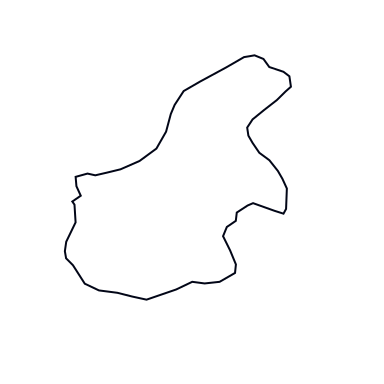 an SVG outline of Krivogaštani, rotated 60°
{"feature_id": "MKD-2941", "entity_name": "Krivogaštani", "entity_type": "Statistical Region", "adm_level": 1, "iso_a3": "MKD", "parent_name": "North Macedonia", "parent_adm1": "", "projection": "equal_earth", "projection_center": [21.362, 41.317], "detail": "fine", "context": "isolated", "style": "outline", "palette": "ink", "viewbox_px": 384, "rotation_deg": 60, "n_neighbors": 0, "source": "natural_earth", "source_scale": "10m", "svg_char_len": 921}
<svg xmlns="http://www.w3.org/2000/svg" viewBox="0 0 384 384"><g transform="rotate(60 192 192)"><path d="M140.5,49.8L150.3,53.7L151.7,60.6L154.8,72.5L157.0,88.3L159.4,103.2L163.8,112.0L171.4,115.0L179.7,115.0L191.7,114.1L203.2,109.1L216.7,107.1L225.7,107.1L236.4,108.1L253.7,119.0L256.5,123.6L249.6,129.9L232.2,144.7L231.5,150.6L232.2,163.5L238.9,168.5L239.7,179.3L245.8,187.2L261.6,188.2L276.7,190.2L283.6,195.2L283.6,213.0L277.5,226.8L269.9,236.7L268.5,254.5L262.5,285.2L252.6,296.1L242.0,307.0L230.7,321.8L217.8,330.7L195.9,331.7L186.5,334.2L179.7,331.7L172.2,325.8L160.1,308.0L144.2,300.1L140.4,300.4L139.6,290.2L129.2,289.2L120.7,285.2L123.8,273.3L129.2,267.4L132.8,255.6L136.6,242.6L138.9,221.9L136.6,201.1L126.8,184.3L113.9,171.4L107.9,163.5L100.4,148.7L100.4,129.9L101.2,100.2L101.2,79.5L103.2,74.2L104.9,69.5L112.5,63.6L122.4,62.6L133.6,52.7L140.5,49.8Z" fill="none" stroke="#020617" stroke-width="2"/></g></svg>